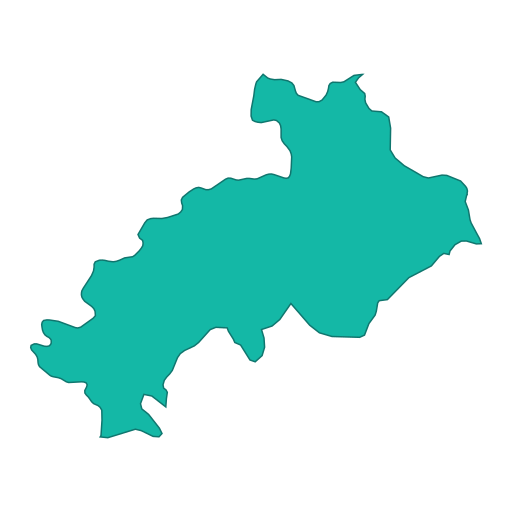 outline of Hautes-Alpes
{"feature_id": "FRA-5304", "entity_name": "Hautes-Alpes", "entity_type": "Metropolitan department", "adm_level": 1, "iso_a3": "FRA", "parent_name": "France", "parent_adm1": "", "projection": "albers", "projection_center": [6.118, 44.657], "detail": "fine", "context": "isolated", "style": "filled", "palette": "teal", "viewbox_px": 512, "rotation_deg": 0, "n_neighbors": 0, "source": "natural_earth", "source_scale": "10m", "svg_char_len": 3822}
<svg xmlns="http://www.w3.org/2000/svg" viewBox="0 0 512 512"><path d="M476.6,233.2L479.6,238.7L481.3,243.7L476.3,243.9L466.4,241.0L461.3,241.1L455.0,244.7L450.0,251.0L449.1,254.5L443.8,253.4L439.5,256.3L431.4,265.9L408.9,277.6L387.4,299.6L379.2,300.7L377.7,302.9L376.3,311.3L375.1,315.1L368.9,323.6L364.5,335.1L359.7,337.3L332.0,336.5L319.4,332.8L309.7,325.2L290.9,303.5L279.8,319.5L272.1,326.0L261.5,329.5L264.0,338.0L264.6,347.2L262.1,355.6L255.2,361.8L250.0,360.0L240.6,345.0L234.8,342.5L233.4,339.2L228.4,331.2L227.2,327.9L226.9,327.8L226.7,327.8L226.4,327.8L226.2,327.8L225.8,327.8L225.6,327.8L225.3,327.8L225.0,327.8L224.8,327.7L224.5,327.7L224.2,327.7L223.9,327.7L223.5,327.7L223.2,327.7L222.9,327.7L222.6,327.6L222.2,327.6L221.9,327.6L221.6,327.6L221.2,327.6L220.9,327.6L220.6,327.5L220.2,327.5L219.9,327.5L219.6,327.5L219.3,327.5L219.0,327.5L218.7,327.4L218.4,327.4L218.1,327.4L217.8,327.4L217.6,327.4L217.3,327.4L217.1,327.4L216.9,327.4L216.7,327.3L216.4,327.3L216.1,327.3L215.9,327.3L210.2,329.6L198.6,342.5L194.3,345.9L184.7,350.4L180.3,353.6L177.5,357.6L172.3,370.4L169.7,373.9L166.8,376.9L164.3,380.3L163.0,384.8L163.7,388.2L165.9,389.8L167.3,392.3L166.4,398.7L165.8,406.9L151.8,396.0L143.9,394.4L140.5,403.7L141.8,408.9L148.6,414.4L159.4,428.2L162.0,433.5L159.0,436.8L153.1,436.4L141.2,430.6L135.4,429.2L107.8,437.7L100.2,436.9L101.0,435.6L102.0,420.3L101.8,410.2L100.1,407.3L98.1,405.6L93.6,403.6L91.7,401.8L88.4,397.1L86.3,395.0L84.9,393.0L84.8,390.5L86.5,387.2L87.2,384.8L86.1,382.8L83.9,382.0L81.5,381.8L68.7,382.5L66.3,381.8L61.2,378.7L58.4,377.7L53.1,376.7L51.2,376.1L49.9,375.3L39.6,366.7L38.5,364.7L38.1,362.9L37.8,359.2L37.1,356.8L35.6,354.3L31.6,349.9L30.7,347.6L31.1,345.4L34.2,343.9L36.8,343.9L44.3,346.2L46.8,346.4L49.0,346.0L50.5,344.6L51.2,343.2L51.2,340.3L50.5,339.0L49.0,337.5L46.9,336.4L44.9,334.8L43.4,332.5L42.5,330.0L42.0,327.1L41.7,324.5L42.2,322.2L43.6,320.5L46.9,319.9L49.6,320.0L58.3,321.3L75.3,327.6L77.7,328.0L80.8,327.1L93.2,318.2L95.4,315.7L95.1,311.4L93.8,308.6L91.7,306.4L84.7,301.3L82.8,298.8L81.9,297.1L81.4,294.9L81.5,292.8L81.8,291.0L83.3,288.2L91.5,275.6L93.5,271.0L94.1,267.1L94.1,264.2L95.3,261.8L99.4,260.2L102.4,260.1L105.0,260.4L108.3,261.2L113.3,261.8L116.4,261.3L119.8,260.1L124.6,257.9L132.7,256.7L134.8,255.3L139.2,250.9L141.3,248.2L142.8,245.7L143.1,243.0L142.6,240.4L139.6,238.1L138.0,234.5L144.8,222.8L147.2,219.9L150.7,218.6L153.6,218.3L161.9,218.5L167.5,217.5L178.3,214.0L180.7,212.0L182.4,209.5L182.6,205.7L181.7,203.0L181.3,200.0L182.6,197.3L189.0,192.0L193.6,189.0L196.0,187.9L198.7,187.4L201.2,188.0L205.9,189.7L208.5,189.7L211.3,188.9L225.5,179.2L228.1,178.1L230.8,178.2L236.0,179.9L238.5,180.2L246.8,178.4L249.3,178.4L254.4,179.1L257.2,178.8L266.2,174.8L269.0,174.1L271.5,174.0L274.1,174.6L283.8,177.9L286.1,178.3L288.2,177.9L289.6,176.2L290.5,173.9L291.2,168.2L291.7,156.9L291.2,153.9L290.0,150.7L286.9,146.5L284.3,143.8L282.2,140.8L281.1,137.5L281.1,129.0L280.6,125.7L279.4,123.0L276.5,120.5L273.8,119.9L261.2,122.6L257.7,122.2L255.0,121.5L252.5,120.2L251.1,116.1L251.2,109.5L253.8,95.8L254.6,89.3L255.8,84.1L256.6,81.8L263.1,74.3L267.7,78.0L270.3,79.0L274.6,79.7L281.2,79.4L288.0,80.9L291.8,82.9L293.9,85.5L295.4,90.8L296.3,93.2L298.1,95.3L316.2,101.8L319.0,101.7L322.0,100.1L326.1,95.1L327.7,91.5L328.5,88.2L328.9,85.6L330.2,83.5L332.7,82.2L340.7,82.5L343.9,81.8L354.0,75.4L362.3,74.4L362.6,74.4L358.6,77.8L355.4,82.3L360.2,89.6L364.7,93.5L365.2,96.2L364.9,99.3L365.6,102.8L369.0,108.5L371.9,111.0L381.5,111.8L388.7,117.0L390.6,128.1L390.2,149.9L395.1,158.0L404.2,165.7L423.2,176.7L428.4,178.0L442.0,175.1L446.8,175.4L460.6,181.0L465.6,186.4L466.8,188.3L467.4,190.6L467.4,191.8L467.1,192.8L467.2,194.7L466.7,195.0L465.3,201.1L465.2,201.6L468.4,210.0L470.0,219.6L471.1,222.9L476.6,233.2Z" fill="#14b8a6" stroke="#0f766e" stroke-width="1.5"/></svg>